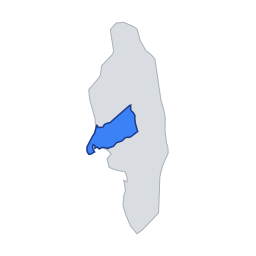 Clarendon on a map of Jamaica (Robinson projection), rotated 73°
{"feature_id": "JAM-1370", "entity_name": "Clarendon", "entity_type": "Parish", "adm_level": 1, "iso_a3": "JAM", "parent_name": "Jamaica", "parent_adm1": "", "projection": "robinson", "projection_center": [-77.269, 17.954], "detail": "fine", "context": "in_parent", "style": "filled", "palette": "blue", "viewbox_px": 256, "rotation_deg": 73, "n_neighbors": 0, "source": "natural_earth", "source_scale": "10m", "svg_char_len": 1858}
<svg xmlns="http://www.w3.org/2000/svg" viewBox="0 0 256 256"><g transform="rotate(73 128 128)"><path d="M129.3,89.4L141.2,93.4L153.4,95.5L158.7,95.6L163.7,96.9L174.9,106.5L184.0,111.8L218.2,123.6L229.6,144.0L231.8,150.3L222.9,154.1L211.8,155.4L201.2,155.6L191.3,151.7L187.0,148.7L176.8,147.3L179.3,144.6L174.8,143.3L169.1,143.6L164.9,151.4L160.3,157.6L151.3,157.0L147.8,151.7L143.1,154.1L139.4,158.0L134.8,172.6L127.5,165.3L119.6,159.3L109.6,156.8L89.4,156.3L79.9,154.4L72.0,142.0L68.9,138.5L60.9,135.3L53.0,121.2L50.1,119.2L28.7,116.2L24.2,108.5L25.6,101.4L32.7,92.9L36.2,90.4L48.1,90.8L59.5,88.2L64.5,84.5L69.7,82.1L110.8,88.3L120.3,88.4L129.3,89.4Z" fill="#d9dde1" stroke="#a8b0b8" stroke-width="1"/><path d="M141.7,153.5L141.0,153.9L139.4,157.4L139.0,158.5L139.7,161.6L139.0,161.9L137.8,162.7L137.1,163.0L137.3,163.6L137.5,164.8L137.7,165.5L136.7,164.9L135.7,164.9L134.6,165.3L133.7,166.2L135.4,167.3L137.2,167.7L139.1,167.6L141.1,166.9L142.1,171.1L141.8,173.1L139.4,173.9L137.4,173.8L135.5,173.3L133.7,172.4L125.3,164.1L123.5,161.6L116.3,157.1L116.6,156.8L116.8,156.6L117.1,156.5L117.9,156.6L118.2,156.6L118.5,156.6L118.7,156.4L118.9,156.2L119.0,155.9L119.2,154.5L119.8,152.5L119.8,152.1L119.7,151.7L119.5,151.3L118.4,150.3L117.9,149.6L117.7,149.1L117.6,148.5L117.4,146.9L117.3,146.2L117.3,145.6L117.6,144.8L117.8,144.1L107.1,120.3L106.9,118.7L109.2,119.5L111.7,120.0L112.1,119.9L112.6,119.8L113.3,119.5L113.6,119.3L114.3,118.7L114.5,118.6L117.8,117.8L118.3,117.8L118.8,117.9L120.6,118.7L125.4,119.6L134.2,119.8L137.0,127.5L137.4,129.5L137.0,130.2L136.7,131.3L136.5,132.9L136.6,133.5L136.6,133.9L137.0,134.5L137.2,134.8L137.7,135.7L138.3,136.8L138.5,137.5L138.6,138.1L138.7,142.0L138.7,142.8L138.9,143.5L139.0,143.8L139.1,144.1L141.0,146.8L141.2,147.3L141.3,147.8L141.2,148.1L141.7,153.5Z" fill="#3b82f6" stroke="#1e3a8a" stroke-width="1.5"/></g></svg>